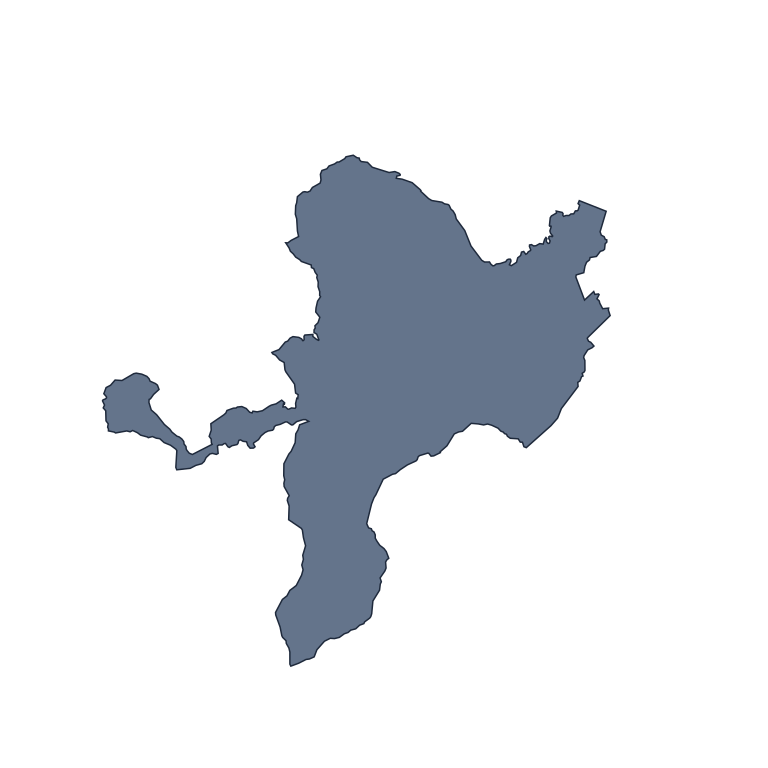 outline of Pasaje, El Oro, Ecuador, rotated 157°
{"feature_id": "8360857B52243980096662", "entity_name": "Pasaje", "entity_type": "district", "adm_level": 2, "iso_a3": "ECU", "parent_name": "Ecuador", "parent_adm1": "El Oro", "projection": "mercator", "projection_center": [-79.713, -3.323], "detail": "fine", "context": "isolated", "style": "filled", "palette": "slate", "viewbox_px": 768, "rotation_deg": 157, "n_neighbors": 0, "source": "geoboundaries", "source_scale": "gbopen_adm2", "svg_char_len": 6159}
<svg xmlns="http://www.w3.org/2000/svg" viewBox="0 0 768 768"><g transform="rotate(157 384 384)"><path d="M357.7,604.8L360.6,601.9L362.3,596.4L364.3,593.9L373.1,592.9L376.7,590.5L379.6,590.5L381.8,592.0L383.6,592.4L390.5,590.3L393.6,584.9L395.6,582.7L399.3,574.9L399.8,570.2L403.9,558.7L405.0,553.1L413.3,552.5L417.4,551.5L419.3,552.4L418.2,546.3L418.3,542.8L416.7,539.3L415.7,535.3L413.0,531.4L412.2,529.1L404.5,522.0L405.3,519.5L403.6,517.7L403.7,513.5L402.9,510.3L404.3,508.2L404.7,503.6L406.7,499.3L407.1,494.1L408.6,490.7L408.3,489.1L412.8,486.2L416.9,480.5L418.7,477.0L417.0,470.5L420.8,466.2L424.8,464.6L425.5,462.3L427.2,461.2L428.3,458.7L426.4,456.1L426.7,450.0L427.3,449.8L428.7,451.5L430.9,455.6L430.1,457.4L437.7,460.0L439.0,459.2L440.2,456.0L441.3,455.5L441.9,455.7L442.2,457.7L444.2,460.2L449.3,463.2L452.6,462.9L455.9,461.1L458.5,461.2L467.2,456.7L474.9,456.9L474.7,455.3L472.5,452.7L470.7,446.9L467.5,442.8L469.6,435.8L469.6,433.6L466.4,418.8L468.9,410.2L467.2,407.7L469.1,404.3L469.8,405.0L473.0,400.6L474.1,397.2L475.3,396.3L478.5,398.1L481.6,398.0L482.4,398.5L483.7,401.5L486.0,402.4L484.3,405.0L483.6,404.3L482.8,405.5L484.5,409.1L491.1,407.9L496.0,408.6L498.5,408.4L506.3,406.9L511.6,407.9L515.3,410.2L516.7,408.9L518.7,410.5L520.4,415.3L523.7,418.8L528.0,420.1L529.7,419.7L532.0,420.6L538.9,421.0L540.9,419.1L543.5,418.2L558.9,415.1L561.1,409.0L565.4,404.1L564.6,400.9L565.9,397.2L565.8,395.6L587.9,394.0L590.3,396.4L591.3,399.7L591.5,401.3L590.7,403.8L591.5,406.9L590.8,409.3L591.6,412.5L593.3,415.4L595.0,416.9L598.0,422.6L598.8,426.1L602.0,432.6L605.3,444.6L608.4,451.0L607.6,458.9L606.2,461.6L604.8,461.6L600.2,464.4L593.2,466.9L593.0,471.5L594.2,473.7L598.2,478.0L598.2,480.7L599.3,483.7L603.1,487.7L607.8,490.8L610.3,491.3L623.8,489.6L630.0,492.7L636.2,489.7L641.2,489.3L645.7,484.5L644.5,480.8L644.8,479.7L646.2,479.1L648.8,479.2L649.7,478.5L649.5,473.8L651.8,471.7L650.6,468.1L654.3,458.7L653.4,455.1L655.3,452.2L655.2,450.4L656.0,448.5L651.2,445.2L650.2,443.8L639.1,441.3L636.4,439.2L633.5,439.4L630.0,435.5L628.0,432.0L622.4,427.6L622.0,426.7L617.7,426.1L614.8,423.1L611.8,421.3L609.3,416.0L604.4,411.0L601.1,405.4L600.7,403.7L608.2,388.6L608.3,386.0L595.4,382.1L588.9,382.6L582.9,381.8L579.7,383.0L576.5,385.8L571.6,387.6L569.1,387.2L565.8,384.7L563.8,384.9L561.5,392.1L559.9,392.4L556.8,391.1L554.5,391.6L553.1,391.2L552.2,387.2L551.1,386.0L548.2,386.6L543.0,385.7L541.7,386.3L539.7,388.8L538.0,388.7L536.1,386.3L533.1,384.5L533.4,380.7L532.3,377.2L529.1,376.0L527.2,376.6L527.6,379.8L527.0,380.7L521.3,381.8L517.4,384.3L512.5,385.8L509.0,386.0L504.6,385.0L503.2,385.6L501.7,387.5L499.8,388.1L495.3,387.4L489.5,387.6L488.0,386.9L485.2,382.5L483.9,382.0L479.1,383.5L472.4,382.8L470.0,381.8L467.9,379.0L477.6,379.4L481.0,375.4L484.7,372.6L488.7,364.7L495.8,358.3L498.8,356.8L507.3,349.7L512.1,338.8L512.8,334.7L514.9,331.8L516.0,328.6L514.9,318.2L517.3,316.5L518.5,314.6L519.0,308.8L524.8,296.3L516.5,283.4L516.2,281.5L518.2,274.0L519.4,265.7L525.7,258.1L526.7,254.1L530.4,249.5L531.1,244.6L534.6,240.2L543.5,232.8L551.3,230.8L556.1,226.9L561.7,225.4L573.1,216.1L573.9,213.7L574.6,200.9L576.4,192.2L576.3,190.3L574.5,186.0L575.3,183.3L574.7,178.1L575.4,174.0L580.1,162.9L580.0,160.7L571.6,160.3L563.4,160.9L560.1,160.0L554.9,160.1L549.6,165.6L539.3,170.5L532.8,170.9L529.1,169.0L524.1,168.2L518.1,169.6L514.1,169.3L510.8,170.4L505.7,169.7L500.7,171.5L496.2,171.3L494.8,172.6L488.6,174.1L487.1,175.0L485.1,177.3L479.0,188.6L468.7,195.9L465.6,201.3L463.7,203.0L463.4,207.0L456.3,211.5L454.0,213.8L452.1,219.5L450.1,221.0L447.7,221.7L447.4,228.9L448.3,232.5L450.9,237.1L451.9,241.9L452.3,245.5L451.0,248.5L451.0,251.7L452.3,253.6L452.2,255.7L454.4,257.6L454.5,262.2L442.3,278.5L437.6,283.3L434.9,285.1L421.9,296.7L411.4,297.6L408.4,297.0L402.5,298.8L394.0,300.4L384.5,300.7L383.0,301.4L381.1,303.6L379.4,304.2L370.7,303.3L369.8,302.6L368.9,299.2L366.3,298.4L358.9,298.8L358.9,299.6L350.2,302.5L338.8,310.6L334.0,310.7L330.2,309.8L319.1,313.7L312.8,310.4L308.3,307.4L304.3,306.7L301.0,304.0L296.3,298.8L294.9,295.0L292.9,293.0L292.5,291.3L290.9,289.9L290.8,287.7L289.0,284.7L281.9,281.1L281.3,277.3L279.3,276.3L279.7,271.6L277.9,269.8L246.6,280.4L237.6,284.7L230.3,292.1L206.3,305.9L205.0,309.8L202.5,310.2L199.2,313.6L197.7,313.6L197.4,316.4L194.9,316.9L193.7,318.0L189.9,327.2L189.9,330.2L188.8,331.9L183.1,335.8L178.2,336.1L175.9,336.9L177.4,341.6L179.0,343.5L179.1,346.5L178.5,347.1L149.1,358.6L148.6,364.4L147.6,366.1L153.3,367.9L153.8,374.2L153.4,376.3L154.7,379.2L151.1,382.2L151.4,383.1L154.9,384.1L154.8,387.2L166.6,382.9L165.6,407.6L164.4,409.3L156.6,408.4L153.0,413.9L150.0,416.9L146.4,417.9L144.9,419.9L138.6,418.4L133.0,421.6L130.1,421.3L128.3,421.9L125.7,426.6L123.4,427.6L122.6,429.7L123.8,430.6L123.8,433.6L125.8,436.1L125.6,439.7L112.0,456.2L132.6,476.5L134.9,474.2L134.0,472.2L137.3,468.3L138.4,467.9L140.2,468.6L142.9,466.5L145.5,467.5L147.8,466.8L150.6,468.0L153.1,468.1L153.5,469.3L152.6,470.9L152.9,472.3L157.9,475.9L158.4,474.0L164.2,473.3L166.0,472.1L169.9,465.1L169.7,464.4L168.7,464.2L168.7,463.4L171.5,460.1L171.8,457.8L170.9,454.3L171.6,453.9L173.5,455.3L174.7,455.1L175.5,453.4L175.2,450.8L176.7,449.0L178.0,449.2L178.8,451.3L178.8,452.3L177.2,454.3L177.7,455.6L179.6,454.4L182.8,450.6L185.8,452.4L190.1,451.9L192.3,452.6L193.8,454.7L195.7,455.1L196.4,453.8L196.5,450.1L197.1,449.6L199.6,449.3L201.2,448.2L202.8,448.0L203.6,451.4L205.9,451.7L208.0,448.9L211.6,447.9L214.5,444.2L220.6,443.2L222.0,444.8L219.4,447.1L218.8,448.5L219.0,449.6L220.4,450.2L222.0,450.3L224.2,449.0L230.0,449.5L233.7,450.6L236.3,449.9L237.6,450.2L238.8,452.5L239.2,455.1L243.8,457.0L245.7,459.7L250.0,477.0L249.7,493.7L253.0,507.7L252.3,512.1L252.8,516.2L254.1,518.9L254.2,523.0L254.9,524.2L257.9,526.2L259.6,528.7L268.3,534.2L270.5,537.2L274.9,547.1L274.4,547.6L274.9,549.1L279.4,558.3L287.3,565.5L292.3,568.5L291.0,570.4L287.7,569.8L287.2,570.6L287.9,572.2L291.0,575.3L296.7,576.7L310.1,588.1L312.6,594.5L318.1,597.7L318.9,600.0L318.5,601.6L320.5,602.9L322.9,606.6L330.2,608.0L332.1,606.8L338.6,605.9L340.4,606.6L343.5,605.9L349.4,606.2L352.5,604.4L357.7,604.8Z" fill="#64748b" stroke="#1e293b" stroke-width="1.5"/></g></svg>